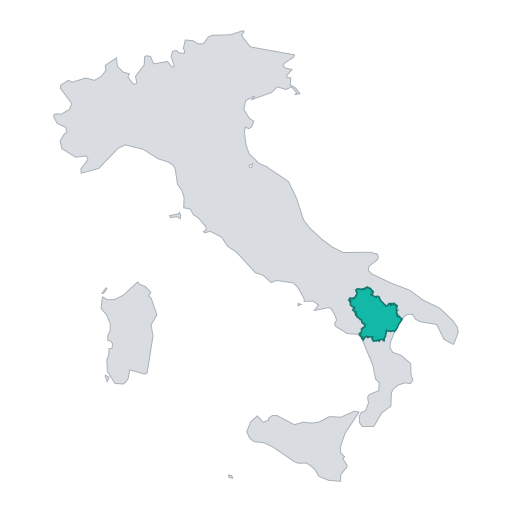 Basilicata, Matera, Italy (highlighted)
{"feature_id": "23120603B59117294159851", "entity_name": "Basilicata", "entity_type": "district", "adm_level": 2, "iso_a3": "ITA", "parent_name": "Italy", "parent_adm1": "Matera", "projection": "natural_earth1", "projection_center": [16.009, 40.517], "detail": "fine", "context": "in_parent", "style": "filled", "palette": "teal", "viewbox_px": 512, "rotation_deg": 0, "n_neighbors": 0, "source": "geoboundaries", "source_scale": "gbopen_adm2", "svg_char_len": 9399}
<svg xmlns="http://www.w3.org/2000/svg" viewBox="0 0 512 512"><path d="M68.4,80.2L72.0,82.2L86.0,78.0L94.3,80.4L101.4,76.4L106.0,70.1L105.2,65.4L116.5,57.9L117.4,66.5L123.4,72.3L129.3,73.7L127.9,77.2L133.6,84.3L136.0,83.7L136.8,82.4L135.5,76.4L144.2,64.8L144.7,56.7L146.2,55.8L150.4,56.4L153.6,63.9L167.5,61.5L172.1,67.3L174.3,66.2L171.0,56.3L172.7,51.3L176.4,50.4L178.9,52.8L184.2,53.5L184.6,50.5L183.3,48.6L185.3,40.0L193.2,40.8L197.9,43.8L203.4,43.8L208.3,37.0L212.0,35.3L229.9,34.8L243.2,30.7L244.2,31.6L241.8,34.9L242.6,37.0L250.3,46.9L294.4,54.8L293.6,57.2L284.1,63.4L283.4,65.8L284.8,67.9L291.9,69.5L286.9,75.4L287.0,77.6L290.8,77.9L290.1,85.1L294.8,87.3L299.9,93.6L294.6,94.7L296.8,93.0L291.6,86.9L286.1,89.5L277.4,86.9L271.3,92.6L251.0,99.9L254.5,96.6L253.0,96.5L245.6,100.8L243.8,109.6L249.4,118.3L253.8,121.4L251.7,126.7L248.9,128.7L245.4,127.2L244.3,132.0L246.0,144.6L249.0,153.5L258.9,163.3L266.2,166.5L288.5,181.6L296.6,198.5L303.5,219.8L309.4,227.7L321.6,239.1L332.8,247.4L343.2,252.5L370.6,252.3L377.5,254.2L378.4,257.7L377.1,260.1L368.9,266.1L368.4,270.8L372.3,274.2L390.9,283.0L410.0,290.4L422.9,300.0L439.6,308.1L452.7,320.5L457.3,327.0L458.2,332.1L455.1,340.8L453.4,344.4L444.1,339.4L436.6,324.4L420.3,321.8L415.5,319.2L412.8,314.7L407.6,314.3L404.0,316.7L395.1,330.6L390.3,342.7L390.0,347.6L392.7,352.4L400.6,355.0L410.7,363.6L411.0,374.3L412.9,380.3L410.2,383.7L405.1,382.8L398.2,385.0L393.4,388.9L391.4,392.7L390.9,406.0L381.7,413.0L373.8,426.4L362.2,426.6L359.4,422.4L359.3,416.2L361.3,412.4L365.6,410.7L368.5,402.8L367.6,397.1L369.3,394.5L378.7,390.7L379.2,382.8L375.6,379.2L372.7,364.8L361.1,337.0L357.4,334.3L347.3,333.6L335.4,326.2L334.6,323.1L336.6,320.2L335.3,316.2L331.6,309.2L329.0,307.5L314.3,310.5L318.5,304.9L313.2,301.2L304.1,301.3L304.2,298.7L297.8,287.4L293.4,282.9L276.6,280.5L271.2,282.5L263.0,275.3L255.4,272.7L236.5,252.2L227.4,246.1L221.7,237.2L210.1,231.3L204.7,232.8L203.4,231.6L206.2,229.9L205.7,226.5L198.0,217.6L193.4,214.8L190.3,209.1L183.7,207.7L184.1,197.5L181.7,190.3L177.5,184.1L175.3,169.5L173.4,165.4L168.7,162.2L158.0,158.7L143.2,149.3L125.4,144.9L118.1,148.2L98.8,168.4L81.2,173.2L80.9,168.9L87.9,159.5L86.6,156.0L75.7,157.2L61.8,148.6L60.1,141.1L64.4,133.9L66.8,132.2L65.7,127.4L57.2,123.4L53.9,117.1L53.8,114.9L56.0,113.8L61.1,114.2L69.2,109.7L71.8,103.6L60.3,88.2L60.9,85.0L68.4,80.2ZM251.8,167.4L252.5,163.6L248.8,165.9L249.8,167.7L251.8,167.4ZM359.0,412.2L345.0,433.3L340.2,447.6L340.8,453.0L344.7,456.9L342.8,458.5L347.0,465.2L347.0,467.0L340.7,474.7L340.5,481.3L328.7,480.3L319.0,476.4L314.3,468.8L310.5,465.6L306.5,463.1L298.1,463.2L294.4,461.7L272.4,446.7L263.8,442.7L253.8,441.6L249.8,438.3L246.7,431.8L250.8,421.6L257.4,415.9L263.2,422.4L268.4,420.2L268.7,418.2L272.3,415.6L276.9,415.5L294.3,424.7L303.4,422.1L311.8,423.2L319.4,421.9L329.4,416.6L340.9,417.2L354.3,411.2L359.0,412.2ZM151.2,298.2L156.9,314.9L151.0,324.9L153.0,335.9L147.1,373.0L144.5,374.1L129.6,369.8L128.2,378.3L126.1,381.8L123.1,384.0L115.0,383.4L107.3,371.2L106.9,359.2L108.7,355.7L109.0,348.7L112.1,348.3L112.5,343.6L110.7,341.1L107.7,340.2L107.9,335.0L110.1,330.9L110.3,323.9L106.5,314.8L101.0,308.3L102.5,296.9L107.3,299.8L114.5,299.6L123.2,295.3L137.7,281.9L139.5,284.3L145.4,286.6L150.8,292.3L148.6,296.0L151.2,298.2ZM179.5,212.5L180.7,215.1L180.2,218.7L177.3,216.7L170.3,217.5L169.6,215.6L178.2,214.0L179.5,212.5ZM109.2,377.3L107.1,381.6L105.1,375.9L105.4,375.2L109.2,377.3ZM106.9,288.7L103.6,293.4L102.0,293.2L106.1,287.8L106.9,288.7ZM232.6,478.3L228.8,477.2L228.6,475.1L231.7,475.5L232.6,478.3ZM301.2,304.4L297.9,305.8L298.1,303.5L301.2,304.4Z" fill="#d9dde1" stroke="#a8b0b8" stroke-width="1"/><path d="M359.5,334.7L359.6,334.9L359.8,334.8L360.2,334.9L360.4,335.1L360.4,335.4L360.6,335.3L360.5,336.0L360.7,336.3L360.8,336.5L361.4,336.7L361.3,336.9L361.5,337.1L361.8,337.1L361.7,337.2L362.1,337.6L362.2,337.9L362.1,338.0L362.3,338.0L362.5,338.2L362.7,338.7L362.6,338.8L362.8,339.0L362.6,339.1L362.9,339.5L363.2,339.5L363.3,340.0L363.7,339.6L364.0,338.3L364.7,337.9L364.9,337.4L365.1,337.3L365.3,336.9L365.5,336.8L365.6,336.5L366.0,336.4L366.2,336.5L366.6,336.3L366.8,336.5L367.1,336.9L367.3,337.2L367.5,336.8L368.0,336.9L368.3,337.4L368.7,337.2L369.1,336.9L369.1,336.6L369.3,336.6L370.7,337.0L371.1,337.2L371.1,337.4L371.2,337.2L372.1,337.1L372.1,336.8L372.9,336.9L373.0,337.4L372.8,337.6L372.5,337.7L372.1,338.5L372.2,339.1L372.6,339.5L372.4,339.9L373.2,340.3L373.5,341.2L374.7,341.1L375.0,340.8L375.4,340.7L376.0,340.8L376.4,340.7L376.6,340.9L377.0,340.4L377.4,340.1L379.3,341.2L379.5,340.2L379.3,339.8L379.5,339.8L379.9,339.9L381.2,339.4L381.7,339.6L382.6,339.5L383.4,340.4L383.7,340.5L383.7,340.8L384.0,341.0L384.2,340.9L384.4,340.1L383.9,339.9L383.6,339.4L383.8,339.3L383.9,338.8L384.3,338.6L384.4,338.4L384.4,338.0L384.7,337.6L384.8,337.2L385.4,336.5L385.5,336.1L385.7,335.9L385.5,334.8L385.5,334.4L385.8,334.1L386.0,333.4L386.3,332.9L386.1,332.7L386.3,332.0L386.0,331.4L386.4,331.0L386.5,330.4L386.9,331.1L387.5,330.7L388.2,330.8L389.0,331.2L389.3,331.0L389.8,331.0L390.3,331.5L391.1,331.0L391.4,331.0L391.7,331.1L392.2,330.8L393.0,331.0L393.4,330.9L394.3,331.5L395.9,330.0L396.3,329.1L397.5,327.5L397.9,325.9L399.1,323.5L401.3,320.5L401.9,319.3L401.6,319.2L401.6,318.9L401.3,319.1L401.2,318.7L400.8,318.7L400.4,318.4L400.5,318.1L400.2,318.1L400.2,317.9L399.9,317.8L399.8,317.3L399.9,317.2L399.7,316.7L399.0,316.4L399.0,316.6L398.8,316.5L398.0,316.5L398.1,316.2L397.8,316.4L397.6,316.4L397.4,316.2L396.8,315.8L396.8,315.6L397.4,314.7L397.4,314.3L397.0,314.2L396.7,313.8L397.0,313.3L396.3,312.7L396.8,311.2L396.5,310.8L397.1,310.4L396.9,310.4L396.5,309.8L396.4,309.1L397.0,306.7L396.5,306.6L396.0,306.0L396.3,305.7L396.4,305.9L397.0,305.5L395.2,304.5L394.8,304.0L394.8,304.5L394.5,304.6L394.3,304.5L394.5,304.2L394.3,304.2L394.2,304.4L394.2,304.2L393.9,304.3L393.9,304.1L394.0,303.9L393.8,303.8L393.7,304.0L393.6,303.8L392.4,303.9L392.3,303.7L392.2,303.4L391.8,303.4L391.7,303.6L391.5,303.8L391.9,304.3L391.7,304.5L391.6,304.2L391.5,304.3L391.5,304.5L391.4,304.4L391.2,303.8L391.1,303.6L390.7,303.7L390.8,303.9L390.4,303.9L390.3,304.2L390.6,304.4L390.4,304.7L390.7,304.8L390.7,305.0L390.0,304.6L389.8,304.6L389.7,304.4L389.9,304.4L389.9,304.1L389.7,304.0L389.4,303.9L389.6,303.8L389.2,303.4L388.5,304.5L387.3,305.6L386.9,305.8L386.6,306.1L385.9,306.0L385.7,305.8L385.2,304.8L385.0,304.6L383.9,304.0L382.8,302.5L381.5,301.7L381.2,301.2L380.7,300.8L380.6,300.3L380.2,300.1L380.1,299.8L380.2,299.7L379.9,299.4L379.6,298.5L379.7,298.3L379.5,297.9L379.2,297.1L378.8,296.7L377.5,296.2L377.3,296.4L376.9,296.4L376.6,296.6L376.5,297.2L376.0,297.5L375.0,296.5L373.9,296.2L373.4,295.8L371.0,294.9L370.9,294.3L371.3,294.4L372.1,294.3L372.3,294.0L372.8,293.5L372.9,293.2L372.8,292.4L372.8,292.1L373.2,291.9L373.2,291.5L372.8,291.1L372.7,290.8L372.1,290.5L371.8,290.8L371.8,290.6L371.7,290.6L371.7,290.4L371.1,289.6L371.3,289.4L371.2,289.2L370.2,289.0L370.4,288.7L370.2,288.3L369.7,288.2L369.5,288.4L369.3,288.2L369.1,288.3L368.4,287.6L368.1,287.7L367.6,287.0L367.3,287.0L367.1,287.4L366.6,287.3L366.4,287.7L366.3,287.4L366.0,287.5L365.9,288.0L365.7,287.9L365.1,288.3L364.9,288.3L365.0,288.6L364.8,289.1L364.6,289.3L364.5,289.2L364.3,289.2L363.8,289.5L363.5,289.3L363.5,289.1L363.3,289.1L363.3,288.9L363.0,288.8L362.5,288.8L362.3,289.2L361.2,289.4L361.0,289.2L360.8,289.3L360.6,289.2L360.4,289.4L360.3,289.2L359.6,289.2L359.2,289.1L359.1,288.9L358.9,288.9L358.6,288.8L358.2,288.9L357.8,288.9L357.2,288.9L356.6,289.3L356.4,289.7L355.9,290.0L356.1,290.2L355.9,290.4L356.0,290.5L356.2,290.8L356.3,291.4L356.7,291.7L356.5,292.1L356.6,292.4L356.8,292.6L356.8,292.9L357.0,293.2L356.9,293.5L356.8,294.5L356.0,295.4L356.0,295.7L355.8,295.8L355.9,296.0L355.5,297.1L355.1,297.3L354.8,297.2L353.4,297.9L353.4,298.3L353.6,298.6L353.2,298.9L352.9,298.8L352.6,298.5L352.1,298.5L352.1,298.3L351.1,298.2L351.1,298.4L350.9,298.4L350.6,298.5L350.3,298.2L350.2,298.1L349.5,298.2L349.5,298.7L349.9,298.7L350.3,298.9L350.1,299.1L350.2,299.3L350.3,300.2L350.2,300.3L349.7,300.1L348.8,300.3L349.0,300.5L349.6,300.8L349.9,301.3L350.4,301.3L350.3,301.5L350.1,301.6L349.9,301.9L350.3,302.0L350.5,301.9L350.6,302.0L350.4,302.6L350.6,303.1L350.5,303.4L350.3,303.9L350.5,304.7L350.4,305.1L350.8,305.4L351.2,305.4L351.4,305.6L352.0,306.5L352.8,306.7L353.0,307.0L353.5,307.3L354.1,307.3L354.2,307.7L354.6,307.7L354.6,308.1L354.1,308.5L353.4,308.8L353.3,309.3L353.0,309.5L352.7,310.1L353.2,310.3L353.6,310.8L354.0,310.8L354.2,311.1L354.8,311.1L355.0,311.4L355.0,311.6L355.2,311.8L355.6,311.7L355.9,311.9L355.4,312.4L355.6,312.4L355.6,312.7L355.7,312.8L355.8,313.0L355.7,313.3L356.1,313.5L355.8,313.6L355.9,313.8L355.7,313.9L356.2,314.4L355.7,314.9L355.9,315.2L355.8,315.3L357.2,316.2L357.2,316.6L357.7,317.2L357.5,317.3L359.6,318.6L360.1,319.5L360.4,319.3L361.5,319.9L361.6,320.1L361.8,320.2L361.7,320.5L361.5,320.9L361.6,321.7L362.1,322.5L362.5,322.6L362.3,322.9L362.9,323.5L363.7,323.6L363.8,324.0L364.1,323.9L364.6,324.0L365.1,324.7L364.9,325.0L364.9,325.4L365.1,325.7L364.5,326.0L364.4,326.3L364.6,326.6L364.8,326.8L364.7,327.0L364.0,327.2L363.2,327.7L363.2,327.9L362.8,327.8L362.5,327.9L362.5,328.1L362.4,328.3L362.4,328.5L361.8,328.9L362.0,329.0L361.4,329.7L361.7,330.5L361.5,331.3L361.6,331.5L360.6,332.9L359.7,333.2L360.4,333.6L360.6,333.8L360.6,334.2L359.5,334.7ZM393.9,303.6L393.8,303.8L394.2,303.9L394.2,303.7L393.9,303.6Z" fill="#14b8a6" stroke="#0f766e" stroke-width="1.5"/></svg>